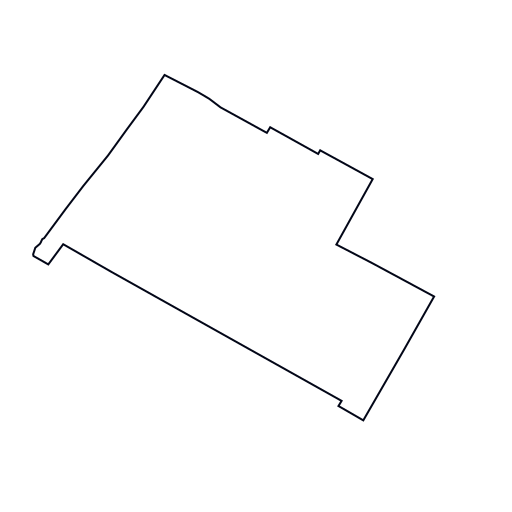 the district of Franklin, New York, United States of America, rotated 306°
{"feature_id": "52423323B52661947985134", "entity_name": "Franklin", "entity_type": "district", "adm_level": 2, "iso_a3": "USA", "parent_name": "United States of America", "parent_adm1": "New York", "projection": "natural_earth1", "projection_center": [-74.342, 44.551], "detail": "fine", "context": "isolated", "style": "outline", "palette": "ink", "viewbox_px": 512, "rotation_deg": 306, "n_neighbors": 0, "source": "geoboundaries", "source_scale": "gbopen_adm2", "svg_char_len": 545}
<svg xmlns="http://www.w3.org/2000/svg" viewBox="0 0 512 512"><g transform="rotate(306 256 256)"><path d="M348.7,75.6L310.5,77.3L282.6,77.1L250.3,77.2L211.2,75.1L181.9,74.4L145.9,74.1L144.1,73.2L142.2,73.5L140.5,73.9L138.7,74.0L133.0,72.6L126.4,74.7L125.2,76.0L127.1,92.9L152.2,93.1L158.2,148.8L189.1,410.4L183.1,410.9L186.1,439.4L267.4,430.8L327.9,423.9L318.6,354.7L312.5,314.3L386.8,305.2L379.2,245.8L375.1,246.3L368.5,191.8L362.0,192.4L355.4,140.0L355.7,125.7L354.5,113.0L348.7,75.6Z" fill="none" stroke="#020617" stroke-width="2"/></g></svg>